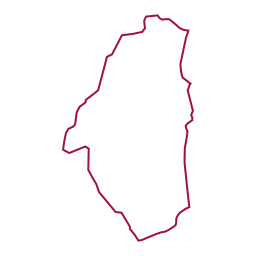 the district of Mukjar, Central Darfur, Sudan
{"feature_id": "16777658B99051784139015", "entity_name": "Mukjar", "entity_type": "district", "adm_level": 2, "iso_a3": "SDN", "parent_name": "Sudan", "parent_adm1": "Central Darfur", "projection": "natural_earth1", "projection_center": [23.598, 11.812], "detail": "fine", "context": "isolated", "style": "outline", "palette": "rose", "viewbox_px": 256, "rotation_deg": 0, "n_neighbors": 0, "source": "geoboundaries", "source_scale": "gbopen_adm2", "svg_char_len": 2121}
<svg xmlns="http://www.w3.org/2000/svg" viewBox="0 0 256 256"><path d="M63.1,149.8L69.3,153.0L85.3,146.5L88.7,148.7L88.3,169.8L93.1,178.8L96.3,184.1L99.1,192.2L107.9,202.7L115.6,212.0L121.5,212.7L129.8,226.5L130.0,229.1L134.6,234.6L136.3,237.3L138.2,240.4L138.3,240.6L141.6,240.1L142.9,239.6L147.0,237.8L151.2,236.1L153.4,235.2L154.9,234.5L159.5,232.9L160.7,232.4L161.2,232.3L164.2,231.8L165.5,231.5L167.9,230.3L170.1,229.0L173.8,226.6L175.4,225.2L175.7,224.7L176.0,223.9L176.2,222.3L176.3,218.5L176.9,217.2L178.0,215.1L178.3,214.6L179.2,213.5L180.2,212.7L180.9,212.0L182.9,210.7L185.3,209.0L186.3,208.4L189.3,207.2L189.3,206.7L189.2,206.5L189.2,205.9L189.1,205.5L189.1,205.4L189.1,205.2L189.0,204.6L189.0,204.0L188.9,203.6L188.9,203.2L188.8,202.8L188.8,202.6L188.7,201.7L188.7,201.3L188.6,200.7L188.5,199.6L188.4,199.1L188.0,195.6L188.0,195.2L187.8,194.0L187.8,193.6L187.7,192.9L187.4,189.8L186.9,185.3L186.8,184.5L186.7,183.4L186.3,179.4L186.3,179.1L185.9,175.2L185.7,173.5L185.5,171.9L184.7,163.8L184.6,162.9L184.6,162.2L184.6,160.9L184.6,159.6L184.6,157.0L184.8,148.7L185.0,147.3L186.7,137.4L187.1,134.5L187.5,131.5L186.1,128.1L185.9,126.9L185.7,125.7L187.2,124.0L187.9,123.2L189.5,122.1L191.5,120.7L192.3,120.1L192.3,118.0L192.3,117.6L191.5,115.8L191.2,115.1L192.9,110.8L190.1,99.7L187.7,90.4L188.7,87.5L189.9,84.2L190.5,83.7L189.7,83.0L189.4,82.9L189.2,82.7L188.8,82.4L188.4,82.0L188.1,81.8L188.0,81.7L187.5,81.3L186.3,80.4L183.6,78.3L183.2,78.0L182.5,77.4L182.4,77.1L182.3,76.8L182.2,76.4L181.8,74.6L181.4,73.1L181.0,71.4L181.0,71.2L181.0,70.8L180.8,69.0L180.4,64.0L180.7,62.6L181.4,59.4L183.3,50.3L185.4,40.6L185.9,38.1L185.9,37.9L187.7,32.9L187.8,32.8L188.3,30.6L188.2,30.6L187.5,30.5L186.3,30.3L183.7,29.9L179.5,28.0L176.3,25.0L169.4,19.3L165.7,19.1L162.2,19.6L159.6,18.2L157.6,15.4L146.1,16.6L144.2,20.6L144.5,24.5L145.0,28.2L142.2,31.9L133.9,33.7L123.3,35.1L122.0,35.3L121.9,35.3L112.0,54.4L107.0,56.8L101.2,78.7L98.2,90.1L95.9,92.1L85.7,100.0L85.5,102.4L79.6,106.8L76.7,112.4L75.1,124.5L73.1,126.6L68.4,128.9L66.0,132.9L64.7,139.0L63.7,145.1L63.1,149.8Z" fill="none" stroke="#9f1239" stroke-width="2"/></svg>